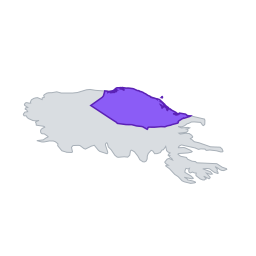 Suðurland on a map of Iceland (Natural Earth projection), rotated 195°
{"feature_id": "ISL-705", "entity_name": "Suðurland", "entity_type": "Region", "adm_level": 1, "iso_a3": "ISL", "parent_name": "Iceland", "parent_adm1": "", "projection": "natural_earth1", "projection_center": [-19.582, 64.139], "detail": "fine", "context": "in_parent", "style": "filled", "palette": "violet", "viewbox_px": 256, "rotation_deg": 195, "n_neighbors": 0, "source": "natural_earth", "source_scale": "10m", "svg_char_len": 7561}
<svg xmlns="http://www.w3.org/2000/svg" viewBox="0 0 256 256"><g transform="rotate(195 128 128)"><path d="M194.7,96.0L196.9,96.1L200.5,95.2L205.7,92.7L207.8,92.2L212.8,92.2L206.8,94.6L204.6,97.2L203.0,98.5L203.0,99.1L207.4,100.7L209.4,100.2L210.3,100.4L211.2,101.2L211.8,102.7L211.5,104.3L210.3,105.8L208.6,107.2L208.9,107.6L210.2,107.8L217.3,107.0L218.1,108.9L218.8,109.6L218.6,110.2L215.9,112.3L219.2,111.0L221.8,110.6L226.3,111.3L228.1,112.0L229.3,113.4L231.5,112.9L232.5,113.7L232.6,114.5L231.7,116.7L229.1,117.8L230.7,119.4L232.1,119.5L232.3,119.8L232.2,120.8L230.2,121.9L233.6,123.1L234.1,123.6L233.9,125.0L233.4,125.8L232.4,126.3L229.9,126.4L228.4,126.9L229.0,127.8L228.6,130.2L226.7,132.2L225.0,133.2L223.2,133.9L218.3,133.2L218.6,134.9L216.8,135.9L217.2,136.8L217.8,137.3L217.6,138.4L215.4,140.7L213.8,141.5L210.7,142.4L206.2,144.5L201.6,144.5L190.4,147.5L186.0,149.2L178.1,154.1L174.7,155.4L169.0,156.0L151.6,159.3L149.7,161.2L149.6,161.7L150.4,162.4L149.1,163.8L146.5,164.8L145.2,164.8L143.1,164.0L142.8,164.4L143.7,165.4L135.2,167.1L123.4,166.2L113.0,163.8L104.7,163.3L98.9,159.9L98.7,159.4L99.4,158.4L101.5,158.0L100.5,157.0L96.9,158.7L95.8,158.7L94.3,158.0L94.3,157.3L91.3,157.0L86.3,154.9L85.9,154.4L87.1,153.7L86.9,153.5L84.1,153.6L80.1,155.6L56.4,156.4L55.7,155.3L54.8,151.5L55.6,149.9L56.6,150.0L59.3,152.2L65.7,151.0L68.3,150.2L70.7,148.1L72.0,147.4L74.0,144.8L76.0,143.2L80.0,142.4L76.4,141.9L70.4,144.1L68.4,144.1L69.4,143.1L71.4,142.1L70.0,142.0L69.5,141.5L69.4,140.6L70.5,139.0L77.6,136.2L76.0,135.6L71.0,137.8L67.5,138.5L64.6,137.5L63.2,136.2L63.3,135.6L65.1,133.9L64.8,133.6L63.6,133.5L60.5,131.9L55.6,132.1L43.4,131.2L34.1,133.3L31.9,132.3L30.2,130.2L30.6,129.4L32.2,128.9L36.7,128.9L43.4,127.9L46.4,126.7L47.6,127.0L48.1,127.6L52.2,126.7L54.4,125.6L58.1,126.1L71.9,125.5L73.7,124.1L74.4,122.4L74.1,122.0L69.0,123.6L67.9,123.6L62.0,122.7L59.9,121.8L60.6,121.0L63.8,119.4L71.7,116.7L72.8,116.2L72.9,115.5L69.8,114.3L63.9,114.7L62.4,113.3L57.5,112.5L54.2,113.0L52.5,112.2L33.0,116.5L26.8,114.5L22.3,114.2L21.9,113.6L24.6,111.6L26.4,111.3L28.2,111.5L31.6,112.8L33.9,113.2L31.0,111.3L30.9,109.4L30.0,108.9L29.2,107.7L29.5,107.3L33.1,107.5L38.7,109.7L41.5,109.3L45.2,107.9L37.1,107.1L34.6,105.4L36.4,104.6L40.6,104.7L36.0,101.8L35.8,101.2L36.6,99.9L42.4,101.1L39.4,99.3L39.3,99.0L40.2,98.6L40.7,97.6L42.2,97.2L45.1,97.5L49.7,99.5L50.3,100.1L50.4,102.1L52.2,101.8L54.4,102.1L56.2,100.7L57.4,101.0L58.3,102.3L58.2,105.0L59.4,104.0L61.6,104.0L61.9,101.7L61.6,99.9L54.6,97.9L51.9,96.4L52.3,95.9L53.6,95.4L60.9,95.0L57.8,94.2L57.1,93.3L51.5,93.6L48.8,93.2L48.7,92.8L49.8,92.1L53.2,90.7L59.6,90.6L62.1,91.0L67.0,94.0L70.9,95.3L77.4,99.4L81.6,101.0L81.8,101.4L81.1,101.9L79.5,102.5L81.9,103.2L83.5,104.3L83.6,104.8L82.1,108.1L80.5,109.2L76.6,108.6L77.6,109.7L80.3,110.8L81.0,111.4L80.5,112.1L81.9,111.9L82.3,112.2L81.6,114.1L80.9,114.8L83.3,115.2L84.9,116.2L86.8,120.0L87.8,117.1L88.4,116.0L89.4,115.6L90.5,112.6L93.2,110.8L95.6,110.1L98.1,112.2L99.9,112.4L101.8,108.7L102.1,106.0L101.5,103.0L101.9,100.8L103.1,99.6L104.8,99.2L108.3,100.4L111.2,103.4L115.6,106.7L118.6,107.5L119.2,107.4L119.7,106.3L119.3,102.1L120.7,99.8L124.3,99.2L129.8,97.2L131.0,97.1L133.7,98.3L138.6,102.6L142.1,104.6L143.9,107.7L144.7,108.3L145.5,107.3L145.5,105.9L141.3,99.4L141.2,98.5L141.6,97.7L149.2,98.1L150.9,98.8L156.1,102.6L158.7,101.0L163.7,96.6L165.4,96.8L169.8,98.6L171.5,98.4L176.6,96.8L177.6,94.7L175.4,90.5L176.3,89.7L180.9,88.7L186.0,88.9L191.3,92.7L191.6,94.6L194.7,96.0Z" fill="#d9dde1" stroke="#a8b0b8" stroke-width="1"/><path d="M160.1,157.8L158.5,158.1L156.6,158.3L156.8,158.2L157.0,157.9L157.0,157.7L156.8,157.4L156.7,157.8L156.5,158.0L156.2,158.1L155.9,157.9L155.9,158.1L156.0,158.2L156.0,158.3L153.5,159.5L153.7,158.9L154.2,158.6L154.8,158.5L155.4,158.4L154.1,157.9L153.6,157.6L153.5,157.9L153.5,158.0L153.6,158.3L153.1,158.5L152.6,158.4L152.1,158.3L151.6,158.3L152.0,158.4L152.0,158.6L151.5,158.6L151.3,158.6L151.1,158.8L150.7,158.7L150.4,158.8L150.1,159.1L150.0,159.4L149.9,159.9L149.6,160.2L149.3,160.2L148.9,160.0L148.6,160.2L148.6,160.5L149.0,160.7L149.6,160.4L149.9,160.4L151.5,160.5L152.0,160.4L151.2,161.3L150.7,161.6L150.1,161.4L150.3,161.2L149.5,161.2L149.5,161.5L148.9,161.4L148.6,161.6L148.9,161.6L149.1,161.6L149.1,161.8L149.1,162.1L150.5,162.1L150.8,161.9L150.3,162.8L149.6,163.6L148.7,164.1L146.7,164.7L145.4,165.2L144.2,165.4L143.6,164.9L143.8,164.7L144.4,164.6L144.6,164.4L144.8,164.2L145.1,164.0L145.7,164.0L145.7,163.8L145.1,163.8L144.1,164.0L143.5,164.0L142.2,163.5L141.8,163.5L141.7,163.8L141.8,164.0L142.3,164.4L142.4,164.5L142.6,164.7L142.7,165.0L142.7,165.4L142.8,165.6L143.6,165.6L144.1,165.6L144.4,165.6L140.2,166.0L137.8,166.7L133.6,167.3L132.6,167.3L128.8,166.6L127.2,166.9L126.7,166.8L126.9,166.8L127.0,166.7L126.4,166.6L126.0,166.4L125.7,166.3L125.3,166.6L122.7,166.3L122.4,166.2L121.4,165.8L119.8,165.6L117.5,164.7L114.3,164.2L113.7,163.8L113.9,163.8L114.1,163.7L113.8,163.5L113.6,163.5L113.2,163.6L111.1,163.5L113.1,163.8L107.9,163.6L107.6,163.3L107.4,163.4L107.3,163.5L107.2,163.4L107.2,163.7L105.7,163.7L104.9,163.6L102.0,162.1L101.7,161.9L101.9,162.1L102.3,162.1L102.6,162.1L102.9,161.9L102.6,161.9L102.2,161.8L101.9,161.7L102.0,161.4L102.1,161.2L101.7,161.5L101.4,161.7L101.0,161.6L100.6,161.4L100.6,161.2L101.3,161.4L101.0,161.0L100.6,160.8L100.2,160.6L99.9,160.4L99.6,159.9L99.4,159.6L99.2,159.5L98.7,159.5L99.4,160.2L99.8,160.6L100.0,161.0L98.7,160.4L98.1,159.9L97.8,159.3L98.0,159.1L97.9,159.0L97.6,158.6L98.2,158.2L98.8,158.0L100.1,157.9L100.8,158.1L101.8,158.7L102.5,158.8L102.2,158.5L101.7,158.1L101.4,157.9L99.9,157.4L100.5,156.8L100.6,156.5L100.5,156.2L100.3,156.1L100.1,156.2L100.2,156.4L100.2,156.5L100.0,156.8L99.1,157.4L98.6,157.8L98.2,158.0L97.7,158.1L97.5,158.4L97.5,158.7L97.5,159.0L97.3,159.2L97.2,159.3L96.4,159.0L95.5,158.5L94.8,158.4L93.5,157.7L94.7,157.7L95.0,157.8L95.4,158.1L95.7,158.1L95.8,157.9L96.0,157.9L96.7,157.9L96.7,157.7L96.1,157.7L96.4,157.6L96.4,157.4L95.0,157.6L94.5,157.6L94.5,157.4L95.2,156.9L95.4,156.1L95.1,155.5L94.4,155.3L94.4,155.5L95.0,155.6L94.9,156.0L94.5,156.4L93.8,156.9L93.3,157.2L92.8,157.2L92.2,157.0L92.4,157.5L92.5,157.6L91.7,157.1L90.0,156.4L87.4,155.9L86.6,155.5L86.1,155.4L85.7,155.2L85.3,154.8L85.4,154.6L85.3,154.3L85.1,153.7L86.7,153.8L87.5,153.7L88.1,153.4L86.6,153.4L85.7,153.1L85.3,153.0L84.3,153.2L84.1,153.3L83.9,153.5L83.3,153.8L83.1,153.9L83.1,154.1L84.1,154.3L84.6,154.6L84.8,155.0L84.4,154.8L83.6,154.8L82.6,154.8L82.1,154.9L81.8,155.2L82.0,155.7L81.9,155.7L81.8,155.8L81.7,155.8L76.0,156.3L75.3,156.0L74.6,155.6L74.0,155.3L73.4,155.3L70.6,155.9L71.0,155.4L71.4,155.1L76.2,152.0L76.9,152.0L77.1,152.0L77.2,151.5L77.3,151.4L77.8,151.1L78.3,150.7L79.1,149.8L80.8,147.9L81.0,147.6L81.2,147.2L80.9,146.6L80.9,146.4L80.9,146.1L81.2,145.7L81.4,145.5L86.2,142.8L87.5,141.8L90.5,140.3L92.7,138.7L93.2,138.6L96.4,137.9L102.5,135.7L107.8,134.3L108.4,134.0L108.7,133.8L108.7,133.7L108.8,133.5L108.9,133.3L108.9,133.0L108.8,132.7L108.8,132.3L109.1,131.7L114.1,133.0L114.6,133.0L115.2,133.0L120.3,132.2L125.2,132.2L130.7,130.8L139.4,129.7L141.2,130.7L143.2,131.3L148.8,133.1L158.7,136.4L169.8,140.1L160.8,151.0L160.1,152.6L160.0,153.1L160.0,157.5L160.1,157.8L160.1,157.8ZM103.4,166.1L103.5,166.2L103.6,166.5L103.5,166.8L103.3,167.0L103.1,167.2L102.9,167.1L102.8,166.9L102.7,166.7L102.6,166.4L102.6,166.1L103.0,166.0L103.5,166.0L103.4,166.1ZM152.9,159.2L153.0,159.3L153.1,159.5L152.9,159.8L152.6,160.1L152.7,159.9L152.7,159.7L152.3,159.7L151.5,159.8L151.5,159.6L152.1,159.3L152.5,159.2L152.9,159.2Z" fill="#8b5cf6" stroke="#5b21b6" stroke-width="1.5"/></g></svg>